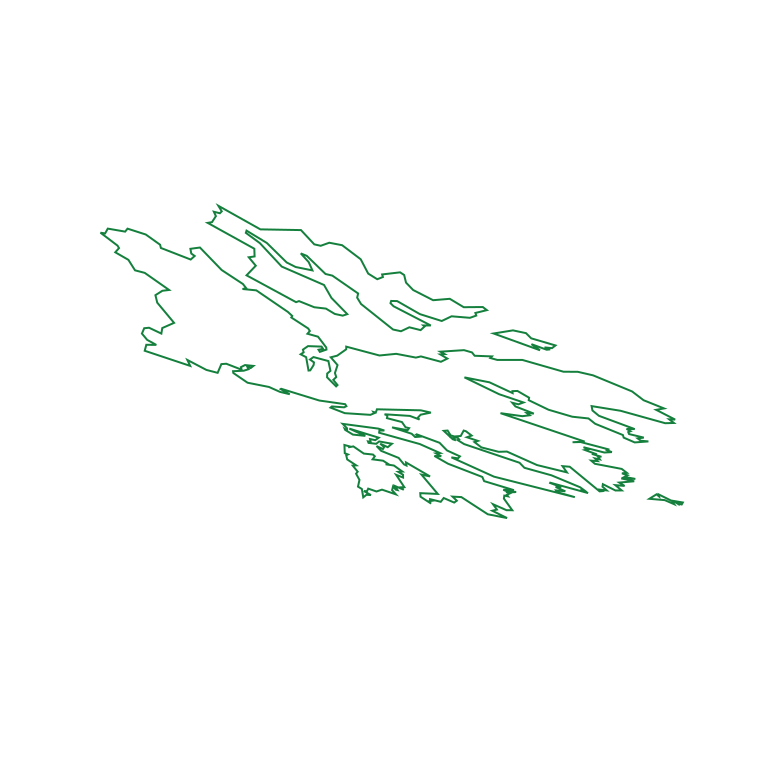 Steigen nor, Nordland, Norway (Equal Earth projection), rotated 205°
{"feature_id": "86288312B1701312811751", "entity_name": "Steigen nor", "entity_type": "district", "adm_level": 2, "iso_a3": "NOR", "parent_name": "Norway", "parent_adm1": "Nordland", "projection": "equal_earth", "projection_center": [15.214, 67.838], "detail": "fine", "context": "isolated", "style": "outline", "palette": "green", "viewbox_px": 768, "rotation_deg": 205, "n_neighbors": 0, "source": "geoboundaries", "source_scale": "gbopen_adm2", "svg_char_len": 6157}
<svg xmlns="http://www.w3.org/2000/svg" viewBox="0 0 768 768"><g transform="rotate(205 384 384)"><path d="M682.1,416.4L683.0,412.7L700.0,408.1L700.4,402.6L704.9,401.3L684.0,396.8L681.6,395.2L683.2,389.8L668.1,388.5L657.7,381.8L647.8,383.6L618.5,378.4L624.3,374.8L628.7,367.9L623.9,361.9L600.1,350.7L608.6,341.0L607.1,335.6L620.7,335.7L624.9,333.2L624.7,327.4L617.3,323.9L606.9,323.2L616.0,319.1L614.9,313.0L567.3,318.5L572.4,322.7L550.9,321.7L539.5,323.8L539.8,333.3L535.5,335.7L519.1,336.8L520.8,338.8L518.0,342.4L510.0,345.2L511.6,342.1L515.6,342.2L513.0,340.2L516.7,336.8L526.2,331.8L525.2,330.3L508.2,327.5L487.0,332.7L474.9,332.9L465.1,334.9L475.5,335.7L475.2,336.2L435.6,341.7L410.6,349.3L408.7,348.0L410.3,346.0L421.8,341.6L422.5,340.0L407.2,341.0L383.3,350.3L380.5,353.4L381.8,354.2L379.4,354.6L379.7,358.1L339.5,375.7L329.4,377.9L337.8,371.7L339.2,367.5L336.8,366.8L347.1,366.0L370.7,356.8L367.6,356.9L366.9,354.3L351.7,357.1L346.2,353.9L342.6,354.6L343.1,352.1L358.4,348.1L337.9,350.6L333.4,349.1L329.3,351.4L333.4,351.7L333.1,352.2L308.8,354.2L298.8,350.4L284.6,350.5L285.5,347.9L291.9,346.0L245.2,346.5L163.2,362.1L181.9,359.1L183.3,360.2L174.3,363.4L185.0,363.2L179.8,365.5L191.6,364.5L191.6,364.8L152.9,371.4L161.2,371.0L157.7,372.3L162.6,373.3L193.7,372.0L221.3,367.4L227.9,369.9L286.0,363.4L293.6,364.3L292.5,365.5L294.9,366.5L299.4,363.7L295.0,363.3L298.4,363.0L310.0,366.8L306.7,368.7L301.9,365.6L298.0,366.2L292.5,369.3L292.1,375.5L289.7,375.8L282.8,374.3L286.3,370.8L274.9,372.1L277.5,369.6L269.0,367.7L251.4,371.0L244.1,374.7L211.1,375.2L180.9,381.2L187.5,385.0L180.7,387.5L143.2,377.8L141.5,378.8L145.5,378.9L137.2,381.7L142.6,383.3L143.3,385.7L129.2,385.3L123.6,388.0L131.6,390.1L122.9,393.3L129.1,394.1L116.1,401.6L129.1,398.7L116.1,404.2L126.8,401.4L124.7,404.2L130.6,403.6L126.3,406.1L132.7,407.5L159.2,400.8L163.8,402.1L157.8,404.4L161.3,405.7L156.5,406.9L159.9,408.8L156.1,409.9L166.1,408.5L161.3,410.2L174.0,409.1L171.6,410.9L176.5,411.0L155.4,415.0L148.7,418.6L155.3,418.1L152.0,419.8L181.3,414.5L188.5,410.9L177.8,416.6L266.1,406.8L245.0,413.3L238.8,417.2L242.3,418.0L235.7,420.5L255.4,419.2L259.8,421.2L253.6,422.4L249.8,426.2L275.3,423.4L313.9,424.0L289.1,430.1L263.6,430.1L264.6,431.8L260.1,434.1L246.7,432.9L246.0,430.5L224.0,430.2L199.6,433.9L184.1,439.2L175.8,437.2L145.9,438.7L144.1,436.7L132.1,437.0L120.1,443.7L127.3,441.1L131.1,441.9L125.9,445.2L140.7,442.2L142.3,443.6L140.6,445.4L145.2,445.8L137.7,449.1L175.8,446.0L183.9,448.1L186.5,451.7L158.3,459.7L112.6,467.3L104.8,471.2L110.6,472.5L105.1,474.8L126.4,475.6L119.9,480.2L141.9,479.0L156.0,482.1L198.2,480.2L213.7,476.9L226.4,471.0L268.7,464.3L291.4,453.7L298.6,452.5L297.9,454.6L313.8,447.9L317.6,449.8L325.8,448.5L346.6,437.1L341.7,436.7L345.5,434.6L337.3,433.8L341.8,428.2L362.2,424.6L366.3,421.4L385.7,416.5L400.2,407.9L434.0,401.9L432.9,399.5L438.4,389.9L443.5,385.7L434.1,381.5L433.1,373.2L430.2,370.1L431.7,366.3L425.7,363.4L426.4,361.6L438.4,366.0L439.9,369.5L438.1,373.3L444.1,381.3L459.3,378.6L461.4,374.9L456.6,374.0L455.8,371.4L456.6,365.2L458.1,364.3L465.9,375.4L472.1,375.7L470.2,378.7L472.0,380.9L468.9,386.2L456.4,391.5L454.1,390.1L457.8,387.4L455.7,386.0L450.7,390.9L451.8,392.7L463.8,399.0L474.6,397.2L473.6,400.7L476.2,402.3L496.1,405.1L495.9,406.9L501.6,408.7L539.3,414.9L552.4,410.3L549.4,412.6L554.1,415.0L579.3,418.7L608.5,429.9L616.6,424.7L613.8,420.8L609.7,420.0L611.8,415.1L643.7,413.0L645.8,415.6L663.1,418.8L682.1,416.4ZM554.5,424.4L498.3,421.0L496.1,423.2L479.6,424.1L468.5,427.8L458.2,426.7L450.3,428.5L446.8,431.8L468.0,439.8L480.2,448.4L526.3,447.2L556.0,459.2L573.1,462.6L573.4,464.9L549.8,462.3L523.5,453.0L513.5,452.7L496.9,456.7L503.7,462.6L514.6,467.2L508.1,467.5L483.5,459.0L476.6,460.4L445.7,455.1L444.8,450.9L438.6,446.8L398.8,437.2L390.9,439.0L385.0,446.1L373.6,448.3L371.5,453.3L373.0,453.7L366.3,456.8L408.2,458.5L412.3,460.0L412.6,462.3L407.1,464.7L381.0,462.5L358.3,465.5L351.4,473.9L334.1,480.3L329.3,485.0L331.2,487.0L322.0,494.4L327.0,495.5L344.2,487.3L360.4,489.0L374.9,480.7L397.3,481.5L406.9,485.2L411.8,491.3L416.6,492.0L432.0,482.5L430.2,480.5L434.4,476.1L445.0,477.4L457.8,487.2L480.6,492.1L493.3,488.9L499.8,482.5L506.2,481.1L524.3,488.4L561.4,471.9L609.4,475.5L604.0,471.9L604.9,469.4L611.0,468.2L607.3,465.1L608.3,458.0L611.9,455.5L558.7,451.8L555.2,444.9L560.1,441.7L550.2,437.0L554.5,424.4ZM303.3,297.3L290.8,295.5L293.9,296.6L291.5,298.2L293.2,298.2L293.6,299.1L282.8,301.2L281.7,305.9L270.3,306.2L268.7,309.0L274.3,310.9L266.1,314.2L234.9,309.8L215.8,314.5L232.3,314.9L228.6,317.9L234.4,321.1L219.6,321.4L214.4,323.8L226.9,330.8L227.8,333.7L224.1,334.6L225.8,335.5L223.2,338.6L226.9,337.8L227.9,338.5L220.6,340.8L218.6,342.0L229.7,338.5L231.2,338.6L221.4,342.7L252.2,338.3L255.6,341.3L292.3,338.8L307.9,340.1L301.6,342.7L307.5,343.1L304.1,345.1L326.2,344.7L367.8,337.8L368.5,339.9L364.0,342.0L370.2,341.2L404.6,330.4L398.7,328.2L397.9,326.2L400.5,326.6L399.8,326.0L390.8,325.0L379.0,329.1L396.6,328.9L366.1,333.1L368.2,329.4L373.4,328.2L371.7,326.0L374.3,325.2L373.1,324.1L365.8,326.5L364.1,329.9L351.6,333.2L353.9,328.3L362.2,328.3L357.2,326.9L357.5,324.6L364.5,324.6L358.3,322.2L339.5,323.2L331.9,319.6L329.2,319.6L330.9,322.2L303.2,319.7L311.7,317.7L288.8,307.1L305.0,300.4L303.3,297.3ZM354.9,272.5L353.1,276.2L348.9,277.8L356.9,278.5L354.1,279.7L354.1,282.5L345.4,283.4L341.2,287.4L326.6,289.0L331.8,291.2L332.5,295.0L328.7,293.2L326.9,293.6L330.7,296.2L321.4,296.5L325.2,297.4L322.0,299.1L334.6,306.8L327.2,307.3L328.4,309.8L333.9,310.4L330.3,312.4L340.6,314.3L348.6,311.9L346.5,313.3L352.4,314.1L362.5,310.9L361.8,314.6L364.2,315.4L372.9,312.4L385.4,314.5L389.6,311.5L388.9,312.9L394.1,312.0L390.3,304.7L386.9,304.9L388.1,303.4L385.5,300.1L374.8,298.5L377.8,296.8L370.8,293.4L371.4,290.9L365.7,286.7L364.2,280.0L359.7,279.5L354.9,272.5ZM306.0,476.1L256.9,480.5L267.2,482.4L251.1,483.8L248.0,485.6L254.0,485.0L246.9,487.5L244.9,491.4L269.9,487.6L276.8,490.1L289.8,487.1L306.0,476.1ZM95.0,392.1L80.5,397.4L70.2,397.7L72.6,399.1L70.5,400.0L64.7,399.3L66.4,400.0L63.3,400.6L63.1,402.9L74.7,399.7L88.3,400.0L87.1,398.3L90.4,399.2L95.0,392.1Z" fill="none" stroke="#15803d" stroke-width="2"/></g></svg>